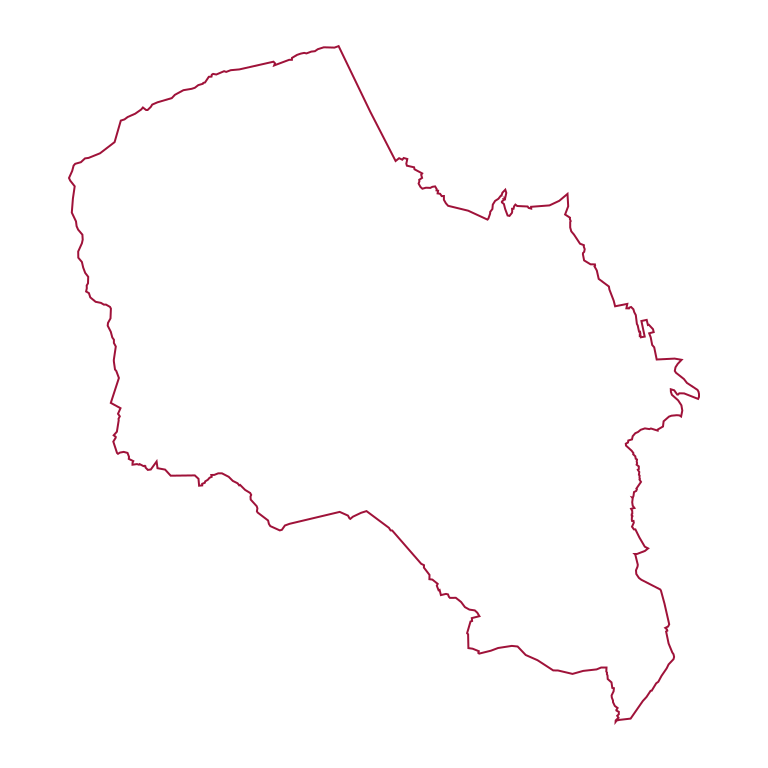 the district of Barsanesti, Bacau, Romania
{"feature_id": "2599482B96332922665264", "entity_name": "Barsanesti", "entity_type": "district", "adm_level": 2, "iso_a3": "ROU", "parent_name": "Romania", "parent_adm1": "Bacau", "projection": "albers", "projection_center": [26.7, 46.331], "detail": "fine", "context": "isolated", "style": "outline", "palette": "rose", "viewbox_px": 768, "rotation_deg": 0, "n_neighbors": 0, "source": "geoboundaries", "source_scale": "gbopen_adm2", "svg_char_len": 6063}
<svg xmlns="http://www.w3.org/2000/svg" viewBox="0 0 768 768"><path d="M615.6,721.9L616.7,720.5L619.4,719.9L630.6,718.6L642.9,700.9L646.5,697.0L650.6,690.8L651.7,690.7L656.2,683.3L658.3,681.8L661.5,675.9L666.7,668.3L668.6,664.4L673.5,659.2L674.1,656.9L673.5,654.2L672.3,652.5L668.6,643.5L666.1,631.5L667.3,630.7L666.9,629.4L665.3,627.9L668.1,626.5L669.2,624.3L664.5,603.7L661.0,590.8L660.3,589.5L641.4,579.8L638.9,577.9L636.3,574.0L636.0,570.3L637.5,566.7L637.8,564.8L635.3,554.6L634.7,554.0L636.9,554.0L645.0,550.9L648.1,548.4L644.8,546.7L639.4,537.5L635.4,529.4L633.9,529.4L632.0,526.7L633.8,522.7L633.5,520.9L632.1,521.0L631.8,519.8L631.9,517.1L632.4,516.5L632.3,515.7L631.7,515.5L631.7,514.2L632.3,513.6L632.2,510.8L631.1,508.8L634.4,508.0L632.7,505.7L632.2,502.2L632.7,498.4L632.1,497.5L632.8,497.7L633.5,495.9L634.0,492.1L636.2,490.9L636.9,489.2L636.4,488.6L641.0,481.9L639.5,479.6L639.9,478.9L639.5,477.9L639.6,475.5L638.9,474.8L639.3,472.0L637.8,469.8L638.8,469.1L638.8,466.4L636.6,464.7L637.1,463.1L636.7,461.6L637.0,459.5L635.7,458.7L635.3,456.3L633.2,454.3L633.4,453.1L631.7,450.8L626.0,445.6L625.8,443.7L628.0,442.5L628.3,440.5L632.0,439.4L632.7,436.2L635.3,433.2L638.0,432.0L640.7,429.8L644.9,428.4L649.4,429.1L650.9,428.5L657.7,430.6L657.8,429.5L663.0,426.5L663.6,421.3L669.0,416.6L671.5,415.7L676.8,415.2L679.4,415.4L681.1,416.5L682.3,410.6L681.4,405.3L678.1,400.3L671.9,394.8L670.9,391.9L670.8,389.3L674.2,390.3L677.2,394.5L678.0,394.6L679.3,393.3L684.1,393.4L698.1,398.9L699.0,396.9L699.0,394.0L698.5,391.7L697.5,389.9L686.9,382.9L683.9,379.0L676.0,372.8L674.8,370.9L675.5,367.3L677.7,363.9L681.6,359.8L674.6,358.6L656.7,359.5L654.2,347.3L652.2,345.0L650.7,337.3L649.2,333.3L653.7,332.1L653.0,329.2L648.8,324.7L647.9,325.0L646.7,319.9L641.4,321.0L644.7,336.6L640.8,337.3L640.6,335.9L639.8,336.0L639.8,334.1L640.4,333.8L640.0,331.7L639.2,331.8L638.9,331.0L637.7,325.4L636.9,324.0L635.8,315.1L634.3,312.3L633.4,309.3L631.1,307.0L629.3,307.6L629.0,308.4L626.4,308.3L627.3,303.9L615.1,306.3L613.7,300.7L609.4,289.5L608.9,286.5L598.7,278.9L596.8,270.5L594.5,266.4L595.1,265.7L594.9,264.4L590.5,264.3L584.1,260.4L582.9,254.2L583.0,253.1L584.2,251.8L584.7,249.1L583.8,246.8L583.9,245.2L580.0,243.7L574.0,234.6L571.3,231.4L570.2,227.5L570.2,221.9L570.7,221.1L569.9,219.2L570.0,217.7L565.1,214.5L568.2,206.3L567.5,193.9L559.3,200.8L549.5,205.4L531.1,206.8L531.2,208.6L528.6,207.9L527.6,206.5L517.2,206.0L515.4,204.6L514.1,206.3L513.5,208.8L512.1,208.8L512.2,211.6L511.9,212.9L509.5,215.9L507.6,215.5L505.1,208.8L503.9,204.0L501.9,202.4L501.9,201.5L503.8,200.0L503.5,199.2L504.9,199.3L504.6,197.8L505.2,198.0L506.3,192.9L505.3,189.7L502.4,192.7L501.5,195.7L500.8,195.7L498.4,198.8L495.1,200.9L492.8,204.6L492.4,209.0L490.2,211.9L490.1,213.7L488.4,218.5L487.5,219.6L468.2,210.7L448.1,205.8L445.9,203.3L443.9,199.8L443.9,196.0L441.7,196.1L440.1,193.8L437.6,193.4L438.1,190.7L436.5,190.4L436.7,189.1L435.1,186.4L432.4,186.8L430.3,187.9L426.0,187.7L422.4,188.7L420.5,187.0L418.6,183.6L419.4,181.3L419.2,179.8L422.1,177.9L421.2,174.8L422.2,173.4L414.5,169.3L414.1,167.3L406.9,165.7L406.3,163.7L407.3,159.0L403.7,158.0L402.3,159.7L399.1,158.2L395.6,161.0L370.3,111.8L338.6,46.1L334.5,47.6L323.8,47.3L317.8,49.2L314.9,51.2L311.3,51.6L306.5,53.4L304.2,52.9L300.8,53.6L297.0,54.9L292.0,57.9L291.9,59.8L289.2,59.8L274.2,65.4L275.0,63.3L273.5,61.7L239.4,69.4L230.7,70.2L226.2,71.9L224.1,71.2L216.3,74.5L213.1,73.9L211.8,74.7L211.5,76.6L208.8,76.8L205.0,82.5L203.3,82.9L202.8,83.8L198.3,85.1L194.8,87.8L191.7,88.8L183.4,90.2L174.9,94.8L171.8,98.1L157.5,102.3L152.2,104.6L150.8,106.9L147.6,110.0L146.1,110.0L142.9,107.5L141.2,109.5L135.2,113.7L127.7,117.0L124.5,119.4L120.8,120.6L114.6,142.1L100.0,153.3L88.6,157.9L85.0,158.4L80.9,162.2L75.2,163.8L73.6,165.6L72.2,170.9L69.0,178.0L70.2,180.6L74.7,186.3L72.9,198.6L71.8,212.6L76.0,221.4L76.6,226.2L78.1,229.6L82.4,234.7L82.7,239.7L81.9,243.3L78.2,251.5L78.3,257.7L81.9,262.0L83.2,267.6L85.2,272.9L88.2,276.8L88.0,283.3L86.7,285.5L86.8,288.3L86.1,291.5L88.9,293.1L90.3,297.4L95.6,301.8L101.0,302.9L103.8,304.6L106.0,304.6L110.0,306.9L110.9,308.6L110.5,318.4L108.0,322.9L107.7,325.7L110.8,331.8L112.3,337.5L113.9,339.7L113.9,343.0L115.8,346.5L113.8,360.0L113.9,361.8L115.0,369.5L116.3,371.0L118.9,378.0L110.8,402.9L120.5,408.2L118.0,413.8L119.8,416.3L118.5,418.9L118.7,420.3L116.9,431.7L113.7,435.3L115.7,436.8L115.7,437.7L113.3,441.6L117.0,452.9L118.0,453.8L119.9,452.6L123.7,451.9L127.5,452.9L129.0,456.8L128.8,458.9L133.3,461.1L132.5,462.9L132.5,464.7L137.0,464.1L139.0,464.7L139.6,464.1L143.5,466.1L144.9,465.8L145.4,466.2L145.5,467.5L147.8,469.9L150.8,469.5L156.6,461.5L157.5,468.2L165.1,469.6L170.7,475.7L194.8,475.4L198.5,478.8L199.1,485.7L202.2,485.4L202.2,483.8L204.8,482.8L205.2,481.4L207.8,479.8L209.5,477.8L211.7,476.8L211.3,475.0L214.3,474.9L218.3,473.3L221.9,473.3L228.7,476.8L232.8,480.9L237.6,483.3L239.2,485.4L240.1,484.9L245.1,489.9L250.2,493.0L251.2,494.9L250.5,496.5L250.7,499.6L256.7,506.2L257.4,508.3L256.9,511.3L257.6,512.5L268.1,520.5L268.9,523.9L270.3,526.1L279.8,530.4L281.9,529.8L284.9,525.5L289.6,523.8L339.7,511.9L348.0,515.6L349.5,518.4L350.3,518.9L352.9,516.7L361.1,512.8L366.5,511.1L388.9,527.8L390.6,530.4L392.2,530.5L421.2,563.8L424.0,565.2L423.9,567.6L429.5,574.9L429.4,579.2L432.4,579.6L437.7,583.9L436.8,585.7L438.6,590.3L439.6,589.9L440.9,595.1L446.0,593.9L448.0,594.4L448.9,596.8L450.0,597.9L455.8,597.8L461.1,602.0L464.9,607.1L469.4,609.6L474.8,610.4L477.3,612.7L479.4,616.2L471.8,618.1L472.1,621.0L470.5,621.5L467.1,633.2L468.1,634.3L468.4,648.1L472.6,648.7L478.8,651.2L478.3,652.9L479.2,653.6L490.9,650.7L498.1,648.0L511.8,645.9L517.6,646.5L525.7,655.0L537.5,660.2L553.2,670.4L558.1,670.5L572.5,673.9L583.2,670.9L596.6,669.4L601.2,667.5L606.5,667.5L606.3,671.5L607.0,672.6L606.9,674.2L607.5,675.4L607.7,679.0L611.5,682.4L612.3,687.9L613.9,688.2L613.6,691.3L611.6,695.4L611.8,697.5L613.0,700.6L613.0,702.1L614.8,705.9L617.6,708.0L616.3,710.1L616.5,710.6L618.8,711.8L618.8,714.3L617.2,715.8L618.5,717.8L615.7,720.4L615.6,721.9Z" fill="none" stroke="#9f1239" stroke-width="2"/></svg>